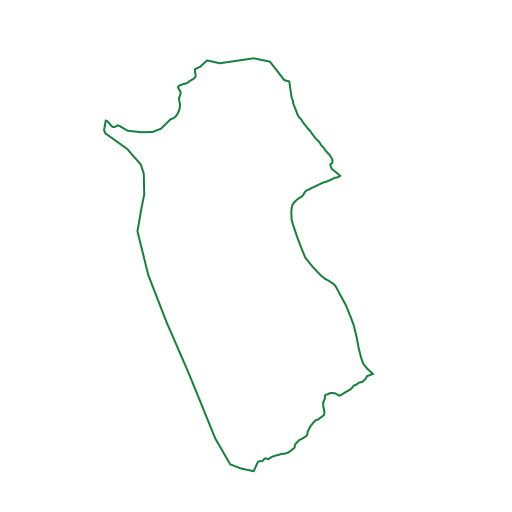 outline of Arhab, Sana'a, Yemen, rotated 159°
{"feature_id": "15242507B7161166402599", "entity_name": "Arhab", "entity_type": "district", "adm_level": 2, "iso_a3": "YEM", "parent_name": "Yemen", "parent_adm1": "Sana'a", "projection": "robinson", "projection_center": [44.216, 15.8], "detail": "fine", "context": "isolated", "style": "outline", "palette": "green", "viewbox_px": 512, "rotation_deg": 159, "n_neighbors": 0, "source": "geoboundaries", "source_scale": "gbopen_adm2", "svg_char_len": 5964}
<svg xmlns="http://www.w3.org/2000/svg" viewBox="0 0 512 512"><g transform="rotate(159 256 256)"><path d="M347.8,436.2L352.7,428.0L352.7,424.5L339.8,405.0L337.9,402.1L330.7,382.5L331.3,373.0L337.4,356.0L338.2,353.7L346.3,340.9L357.8,321.6L363.4,276.8L363.2,225.6L360.8,170.5L359.4,100.1L354.7,70.7L346.3,63.1L335.3,55.9L328.1,63.0L327.4,63.2L326.6,63.2L325.2,62.9L324.6,62.6L324.0,62.4L323.3,62.4L322.7,62.5L322.0,62.9L321.4,63.4L320.8,63.7L320.1,63.7L319.4,63.6L318.8,63.2L317.9,62.1L317.3,61.9L316.6,61.9L316.0,62.2L315.3,62.4L314.7,62.5L313.9,62.6L313.2,62.8L311.8,62.8L311.1,62.7L309.7,62.7L308.3,62.6L307.6,62.5L307.0,62.3L306.4,62.2L304.9,62.2L304.2,62.2L303.5,62.2L302.8,62.0L300.8,61.3L300.0,61.2L299.4,61.1L298.7,61.1L298.0,61.0L297.4,61.0L296.5,61.1L295.7,61.2L295.0,61.3L294.3,61.4L293.6,61.6L292.7,61.9L292.1,62.1L290.8,62.7L290.2,62.8L289.4,62.9L288.8,63.2L288.3,63.7L288.1,64.3L287.8,65.1L287.4,65.6L286.8,66.0L286.1,66.6L285.4,66.9L284.5,67.4L282.9,68.0L282.1,68.4L281.5,68.7L280.7,68.8L280.0,68.7L279.3,68.7L279.2,68.8L278.5,68.9L277.6,69.1L276.7,69.2L276.1,69.4L275.3,69.5L274.5,69.7L273.6,69.9L273.0,70.2L272.4,70.7L272.0,71.3L271.5,71.9L271.1,72.7L270.8,73.4L270.2,74.0L269.7,74.5L269.1,74.9L268.5,75.3L268.0,75.8L267.5,76.5L266.9,77.1L266.3,77.5L265.1,78.2L264.4,78.5L263.1,79.4L262.5,79.8L261.2,80.5L260.4,80.9L259.8,81.1L259.1,81.3L258.4,81.3L257.7,81.1L257.1,81.1L256.4,81.1L254.8,81.7L253.5,82.0L251.9,82.4L251.3,82.6L250.5,82.8L249.8,83.0L249.3,83.6L248.8,84.3L248.4,85.0L248.0,85.7L248.0,86.4L248.0,87.2L247.7,87.8L247.5,88.5L247.4,89.4L247.3,90.1L247.2,90.9L247.1,91.7L246.6,93.0L246.3,93.7L246.1,94.4L245.8,95.3L245.2,95.6L244.7,96.2L244.2,96.7L243.7,97.3L243.2,97.7L242.8,98.3L242.2,99.7L241.8,100.5L241.5,101.1L240.9,101.4L238.9,101.3L238.2,101.1L236.9,101.5L234.6,101.1L231.5,99.5L228.1,95.6L227.7,95.8L227.1,95.9L226.2,95.9L225.5,96.0L224.8,96.0L224.2,96.2L223.5,96.3L222.8,96.5L222.1,96.6L221.4,96.8L220.7,96.8L219.9,96.9L219.2,97.1L218.5,97.1L217.9,97.3L217.0,97.4L216.3,97.5L214.2,98.2L213.0,98.8L212.4,99.2L211.8,99.6L211.1,100.0L210.4,100.0L209.7,100.0L209.0,99.8L208.4,100.0L207.0,100.4L206.4,100.6L205.7,100.8L204.9,100.8L204.2,100.7L203.5,100.7L202.9,100.4L202.1,100.4L201.4,100.5L200.8,100.7L200.2,101.0L198.1,101.8L197.5,102.2L197.0,102.6L196.4,103.1L196.0,103.6L195.7,104.0L189.2,104.0L192.6,111.1L194.5,117.0L194.3,123.6L193.1,133.6L191.2,143.8L189.6,156.1L189.5,163.6L189.5,165.0L189.7,177.7L191.4,190.4L192.5,199.4L193.6,202.0L197.1,207.0L199.7,209.9L202.1,214.0L204.3,219.0L207.1,225.9L210.6,236.9L210.8,247.0L210.8,258.8L210.0,275.3L209.5,277.9L209.4,278.5L209.0,279.3L208.7,280.0L208.5,280.8L208.2,281.5L208.0,282.4L207.8,283.1L207.5,283.8L207.2,284.4L206.9,285.3L206.5,285.9L206.2,286.6L205.8,287.3L205.3,288.1L204.4,289.6L203.9,290.3L203.4,290.9L202.7,291.4L202.1,291.8L201.4,292.1L200.8,292.5L200.2,292.8L198.1,293.7L197.4,293.9L196.7,294.1L196.0,294.3L194.6,294.8L193.2,294.8L192.5,294.9L191.8,295.2L191.2,295.5L190.5,295.8L189.9,296.2L189.3,296.6L188.7,297.1L188.2,297.7L187.6,298.1L187.0,298.4L185.8,299.0L185.1,299.1L184.5,299.2L182.9,299.2L182.2,299.2L181.6,299.2L180.9,299.4L180.2,299.5L179.5,299.6L178.2,299.6L177.5,299.6L176.8,299.7L176.0,299.7L175.3,299.8L174.3,299.9L173.4,300.0L172.6,300.1L171.8,300.1L171.2,300.2L170.5,300.2L169.7,300.3L168.9,300.4L168.2,300.4L165.8,300.4L165.1,300.4L164.5,300.3L163.7,300.1L163.1,300.1L162.4,300.2L160.9,300.2L160.2,300.3L159.5,300.3L158.6,300.5L157.9,300.5L157.1,300.5L155.6,300.7L154.9,300.7L154.2,300.7L153.6,300.6L152.8,300.4L152.2,300.3L150.8,300.3L150.1,300.4L149.3,300.6L148.7,300.7L149.8,302.9L153.2,308.7L154.0,310.2L154.1,313.3L154.0,314.5L153.6,314.9L153.0,315.2L152.4,315.3L151.7,315.4L151.3,315.9L150.9,316.7L150.3,318.0L150.3,320.4L150.4,320.9L150.6,321.7L150.8,322.5L151.0,323.3L151.1,324.1L151.3,324.7L151.6,325.5L152.0,326.2L152.3,326.9L152.5,327.5L153.1,329.2L153.3,329.8L153.5,330.6L153.7,331.4L154.2,333.1L154.5,333.7L154.7,334.4L155.3,335.8L155.5,336.5L155.7,337.4L155.8,338.3L156.1,339.7L156.4,340.5L156.7,341.2L157.1,341.9L157.7,343.3L158.0,344.0L158.3,344.7L158.5,345.5L158.8,346.3L159.5,349.0L159.8,349.8L160.0,350.6L160.3,352.1L160.5,352.8L161.0,354.2L161.4,355.0L161.6,355.7L161.9,356.3L162.1,357.0L162.4,357.8L162.6,358.7L162.8,359.4L163.1,360.0L163.6,361.7L163.7,362.3L164.0,363.3L164.3,364.3L164.5,365.3L164.6,365.9L164.7,366.7L164.9,367.3L165.2,368.1L165.6,368.9L165.9,369.7L166.1,370.4L166.3,371.1L166.4,372.0L166.6,373.5L166.6,375.0L166.5,375.8L166.6,378.5L166.5,379.3L166.5,380.0L166.5,381.6L166.6,382.3L166.6,383.0L166.6,384.4L166.5,385.1L166.4,386.1L166.1,386.8L165.9,387.5L165.9,388.2L165.9,390.1L165.9,391.0L165.9,391.6L162.4,407.0L166.6,410.1L167.5,413.2L168.7,417.1L173.3,432.2L173.4,432.5L187.3,441.4L220.7,448.9L231.6,456.1L234.3,455.0L240.4,452.7L246.1,452.3L246.5,451.4L246.7,450.7L247.0,449.3L247.1,448.5L247.5,447.1L247.7,446.3L247.9,445.7L248.2,445.1L248.7,444.7L249.5,444.4L250.7,443.8L251.3,443.7L252.0,443.6L252.7,443.5L253.4,443.4L254.0,443.3L254.8,443.1L255.4,443.0L255.9,442.9L256.8,442.6L257.5,442.4L258.1,442.3L258.9,442.2L260.2,442.2L260.8,442.3L261.3,442.6L266.7,442.6L268.2,441.6L268.2,441.2L268.2,439.1L267.6,436.1L268.3,434.7L268.8,433.7L271.3,431.0L271.4,430.8L271.5,430.1L271.8,429.4L272.0,428.6L272.2,427.0L272.3,426.3L272.5,425.6L272.6,424.8L272.9,424.1L273.2,423.5L273.5,422.7L274.0,421.9L274.3,421.3L274.7,420.7L275.3,419.9L275.9,419.3L276.3,418.8L276.8,418.3L277.5,417.6L278.1,417.0L278.7,416.6L279.9,415.8L280.4,415.4L281.1,415.1L281.8,414.8L282.4,414.6L283.1,414.4L283.8,414.2L284.5,414.2L285.1,414.2L286.4,414.4L299.1,408.9L308.4,408.9L318.8,412.7L330.9,418.9L337.0,426.5L338.3,427.6L338.7,427.5L339.3,427.4L340.0,427.2L341.2,427.2L341.9,427.2L342.5,427.4L343.1,427.5L343.5,427.9L344.0,428.5L344.4,429.3L344.7,430.1L345.1,431.4L345.3,432.1L345.6,432.8L345.9,433.6L346.0,433.9L346.3,434.6L346.6,435.2L347.1,435.7L347.6,436.0L347.8,436.2Z" fill="none" stroke="#15803d" stroke-width="2"/></g></svg>